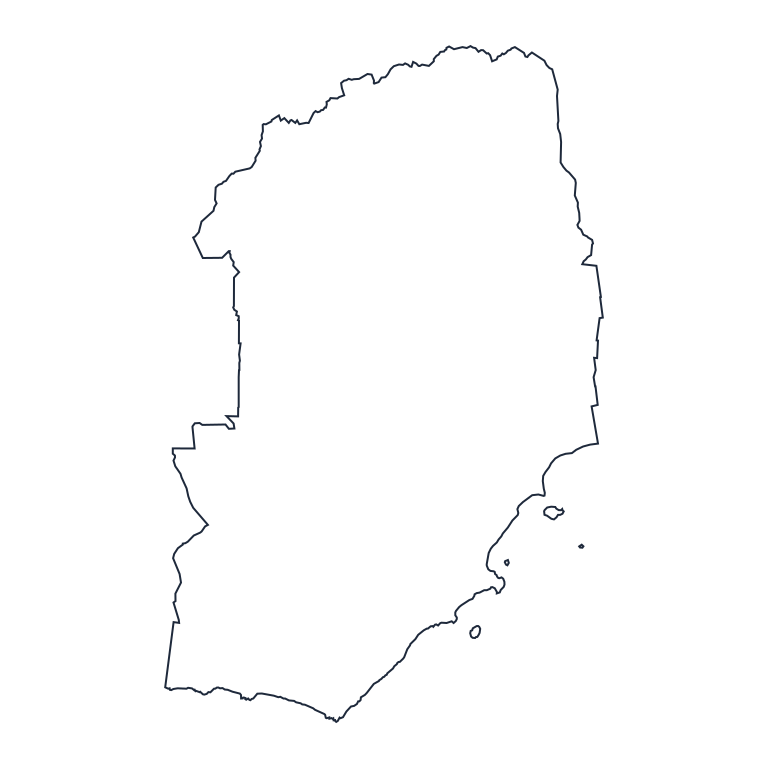 Victor Harbor, South Australia, Australia
{"feature_id": "25037944B26153550017793", "entity_name": "Victor Harbor", "entity_type": "district", "adm_level": 2, "iso_a3": "AUS", "parent_name": "Australia", "parent_adm1": "South Australia", "projection": "equal_earth", "projection_center": [138.549, -35.516], "detail": "fine", "context": "isolated", "style": "outline", "palette": "slate", "viewbox_px": 768, "rotation_deg": 0, "n_neighbors": 0, "source": "geoboundaries", "source_scale": "gbopen_adm2", "svg_char_len": 6051}
<svg xmlns="http://www.w3.org/2000/svg" viewBox="0 0 768 768"><path d="M462.5,47.1L454.0,49.2L449.1,46.5L446.5,47.8L446.3,49.5L444.9,50.2L444.1,51.5L440.3,51.9L438.6,54.6L436.5,55.8L433.8,59.1L433.8,61.3L428.9,65.9L422.1,64.6L419.8,66.0L418.5,65.9L416.4,63.6L413.1,61.9L411.5,66.8L409.8,66.4L408.2,64.8L405.1,63.4L403.0,64.9L399.0,64.5L393.8,66.2L390.6,69.3L387.8,74.3L385.4,77.2L381.5,77.6L378.6,82.1L374.2,83.6L373.8,83.1L374.0,80.6L371.6,74.6L367.5,74.0L359.1,78.9L353.7,79.2L351.8,79.8L348.6,78.8L346.5,80.2L344.0,80.7L341.1,83.1L341.9,88.1L344.2,95.3L339.1,97.1L337.4,98.5L330.5,98.1L329.3,100.3L326.5,101.9L326.8,104.3L326.0,107.6L324.8,107.5L323.1,109.9L321.1,110.2L319.8,111.6L317.6,112.2L315.6,111.1L313.6,113.0L308.6,123.0L306.1,122.8L299.3,124.2L297.1,120.4L295.3,122.9L291.5,120.0L290.4,120.4L288.8,122.9L284.3,118.1L280.8,120.6L278.9,115.4L271.8,120.0L271.4,121.5L265.9,124.3L263.6,124.1L262.7,124.9L262.9,131.4L261.6,135.1L262.0,138.6L260.0,141.9L260.9,146.1L259.5,149.4L259.8,150.8L255.4,157.8L255.6,160.7L251.7,167.0L249.7,168.4L235.3,171.7L233.5,173.7L231.7,173.6L229.4,176.0L226.0,180.9L223.5,181.8L221.9,183.7L218.5,184.8L215.7,187.5L215.0,199.9L216.6,203.4L214.3,207.1L213.5,210.8L201.5,221.6L198.8,232.2L195.0,236.6L193.2,237.5L202.8,258.0L222.1,257.8L228.8,251.1L229.7,251.1L229.4,252.9L230.5,254.6L230.5,257.0L231.2,258.8L233.7,262.1L233.2,265.6L239.1,272.1L234.0,277.6L233.9,306.1L233.2,307.4L234.3,309.8L236.9,311.5L236.2,315.1L238.7,316.2L238.8,318.2L238.0,320.2L239.0,320.5L238.9,343.3L240.6,343.4L239.1,354.5L239.9,360.7L239.3,362.9L239.4,370.0L239.0,370.1L238.7,377.1L238.7,407.1L238.2,407.6L238.1,416.4L226.5,416.1L233.6,423.5L234.4,428.5L228.9,428.8L225.5,424.5L202.3,424.9L199.6,423.0L194.8,423.3L192.5,426.4L192.5,427.3L194.6,448.5L172.8,448.4L172.8,453.7L174.9,455.5L175.0,457.4L173.5,460.6L175.3,466.3L180.5,473.8L181.6,477.5L186.6,488.4L188.3,496.3L190.2,501.8L193.2,507.8L207.9,524.9L205.1,526.4L201.6,531.5L200.2,532.6L193.8,535.5L187.8,541.7L185.3,543.2L182.8,543.6L182.8,544.6L177.9,548.2L174.2,553.9L173.1,558.2L179.6,574.0L181.0,582.6L175.4,593.6L175.5,601.1L173.5,602.5L178.8,620.0L179.1,622.9L173.6,622.1L165.2,687.3L168.2,688.7L169.6,688.3L169.9,689.8L171.2,690.1L173.4,689.0L177.6,688.3L186.5,688.7L188.1,687.8L192.0,688.4L194.2,690.2L194.7,689.8L195.5,691.2L196.2,690.9L199.7,692.2L200.2,691.8L202.9,694.3L204.3,694.6L206.7,693.9L208.4,692.1L210.4,692.3L214.0,688.7L215.4,688.6L216.8,687.6L218.3,687.5L220.0,688.3L222.6,688.1L224.7,689.5L227.7,689.8L232.5,691.7L239.9,693.6L241.0,695.0L241.1,698.5L242.7,698.4L243.0,697.7L243.8,697.5L245.5,698.1L245.3,699.1L246.2,699.7L248.2,698.5L249.4,699.9L250.4,700.2L251.6,699.0L253.3,698.5L257.3,693.7L261.8,693.5L273.9,695.7L278.3,697.2L280.3,696.8L283.4,698.5L285.1,698.5L288.9,700.4L294.1,700.9L296.1,702.3L300.7,703.3L302.2,704.4L304.9,704.7L313.2,708.3L315.0,709.8L324.3,714.0L325.1,714.7L325.8,717.8L326.7,718.2L329.3,717.4L329.4,718.7L331.5,718.1L332.5,718.8L333.3,718.3L333.6,720.3L335.1,720.1L335.3,721.1L336.2,721.9L337.8,720.9L339.6,717.6L340.5,718.2L343.0,717.2L346.4,711.5L351.0,706.5L354.1,705.9L356.9,704.0L358.2,701.3L359.4,701.3L360.6,700.0L360.9,697.3L364.9,694.9L366.8,692.9L373.8,683.9L378.9,681.0L379.3,680.2L381.4,678.9L382.9,677.2L384.2,676.8L385.4,675.3L386.7,674.8L387.3,673.3L393.0,668.5L394.3,666.2L396.8,664.2L397.2,663.1L398.5,662.0L399.8,661.9L403.2,658.6L404.2,657.2L407.3,649.2L410.0,645.4L410.4,644.0L415.4,639.1L418.2,634.8L423.8,630.3L426.8,628.6L427.9,628.6L430.7,626.3L432.7,626.1L433.3,626.8L435.0,624.7L436.2,624.4L438.1,625.5L440.2,623.2L441.4,622.7L446.6,623.0L451.7,621.3L453.6,623.0L455.8,621.0L456.8,619.0L456.8,617.5L455.3,615.3L455.3,612.4L456.0,610.9L459.1,607.1L461.4,605.2L469.4,600.0L472.5,598.9L474.3,595.9L474.6,594.3L476.7,593.1L479.6,592.6L484.2,590.2L486.8,590.2L490.3,588.7L491.0,587.3L492.4,587.1L494.8,588.3L496.9,592.0L496.8,593.4L499.8,592.4L500.7,590.0L503.7,586.9L504.5,584.6L504.4,581.8L503.2,578.7L501.5,577.4L499.4,578.2L498.3,578.0L497.1,576.6L496.6,575.1L495.1,574.0L494.7,571.9L493.7,571.3L490.4,570.9L488.3,569.3L486.8,565.7L486.7,564.3L488.7,553.0L490.8,548.7L493.0,545.9L496.8,542.5L498.6,539.5L501.3,536.4L502.8,533.5L507.8,527.6L512.4,520.5L517.7,515.1L518.3,513.0L517.4,509.1L518.8,506.0L523.0,502.0L532.2,495.2L538.4,494.5L543.6,495.9L544.5,495.6L544.8,492.8L543.8,488.7L542.8,481.1L543.2,475.9L545.5,472.0L549.1,467.3L551.1,463.3L555.3,458.4L560.3,455.5L565.6,453.8L571.9,453.1L576.2,449.8L583.1,446.5L590.2,444.6L598.0,443.6L591.6,406.4L597.7,404.9L595.5,386.4L595.1,386.4L593.6,377.2L595.7,370.1L594.1,357.8L597.1,358.1L598.0,340.6L596.6,340.4L599.6,318.1L602.8,317.6L600.1,297.2L600.9,297.0L596.4,265.8L582.3,264.2L583.7,261.2L585.8,259.5L587.6,257.1L591.1,255.1L592.1,244.5L593.0,243.5L592.1,239.9L587.9,237.4L587.3,236.5L583.3,234.7L581.1,229.7L578.4,227.6L577.4,224.9L579.6,220.9L579.5,218.3L579.2,212.9L577.7,206.6L577.9,202.6L574.8,195.5L575.8,182.9L575.1,179.6L569.0,172.5L566.4,170.6L563.4,167.0L560.6,162.5L561.1,142.0L560.2,134.0L558.0,128.3L557.7,124.0L558.4,121.0L557.0,96.0L557.7,89.6L552.2,69.3L549.4,68.0L546.6,65.1L544.4,60.7L531.9,52.5L528.4,55.4L527.4,57.0L525.4,56.5L524.0,52.9L514.9,47.1L511.4,48.5L510.6,49.7L507.8,50.7L505.9,53.0L503.8,54.3L502.3,53.5L500.6,55.7L497.8,56.6L496.7,59.4L492.1,61.3L490.1,55.2L488.2,53.2L486.7,53.5L483.1,50.2L481.1,50.1L478.5,51.8L475.5,48.1L473.0,47.6L470.5,46.1L466.8,48.0L462.5,47.1ZM544.5,514.8L547.1,515.7L551.4,518.8L554.0,519.4L556.5,517.3L558.0,514.9L560.1,514.9L562.5,513.7L563.7,511.4L562.6,510.4L562.2,509.0L561.0,510.2L558.7,510.1L556.3,508.6L555.3,507.0L551.2,506.7L547.2,507.5L544.7,510.0L544.1,511.2L544.5,514.8ZM478.1,626.0L476.6,626.1L472.8,628.3L472.2,630.3L470.7,630.9L470.2,633.2L471.1,636.5L472.6,637.8L475.1,638.0L475.9,637.1L477.3,636.9L478.6,634.9L479.6,632.9L480.2,628.8L479.2,626.8L478.1,626.0ZM507.4,565.3L508.8,562.9L507.9,560.0L505.2,561.1L504.8,562.2L506.0,564.6L507.4,565.3ZM580.0,547.5L582.4,547.7L583.4,546.3L581.7,544.7L579.2,546.4L580.0,547.5Z" fill="none" stroke="#1e293b" stroke-width="2"/></svg>